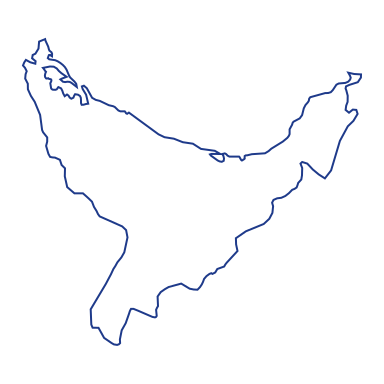 an SVG outline of Bay of Plenty
{"feature_id": "NZL-3399", "entity_name": "Bay of Plenty", "entity_type": "Regional Council", "adm_level": 1, "iso_a3": "NZL", "parent_name": "New Zealand", "parent_adm1": "", "projection": "albers", "projection_center": [176.715, -38.184], "detail": "fine", "context": "isolated", "style": "outline", "palette": "blue", "viewbox_px": 384, "rotation_deg": 0, "n_neighbors": 0, "source": "natural_earth", "source_scale": "10m", "svg_char_len": 3686}
<svg xmlns="http://www.w3.org/2000/svg" viewBox="0 0 384 384"><path d="M45.1,39.1L45.5,40.7L48.2,46.6L48.9,49.3L49.4,50.6L51.5,52.3L52.1,53.8L52.0,56.3L51.3,55.9L50.2,54.9L48.9,55.1L47.8,58.1L49.2,59.3L55.2,60.2L57.7,61.3L60.4,63.0L62.9,65.0L64.9,67.1L66.5,69.6L68.9,75.2L70.1,77.4L74.4,81.5L76.2,83.8L76.8,87.0L71.5,82.9L69.7,81.9L67.4,81.7L65.1,82.1L62.9,81.7L60.4,79.4L61.9,78.6L66.6,76.8L61.4,73.2L58.8,70.9L56.8,68.5L53.8,66.7L50.0,66.5L43.0,67.9L43.9,69.0L45.3,71.1L46.0,71.8L45.5,72.9L45.1,74.3L44.9,75.6L45.1,77.0L46.1,78.4L47.0,78.6L47.8,78.3L48.2,78.2L49.0,78.9L50.6,79.2L51.2,79.5L51.4,80.5L51.1,81.7L50.5,82.7L50.3,83.3L51.0,87.6L51.2,88.5L52.0,89.3L52.8,89.7L55.4,89.8L56.6,89.4L57.4,88.5L57.9,87.5L58.4,87.1L61.1,88.4L62.3,90.7L63.2,93.4L64.7,96.2L67.0,94.5L68.5,95.6L69.7,97.6L71.3,98.7L73.4,97.7L74.1,95.8L75.1,94.2L78.0,94.7L80.0,96.0L80.8,97.7L81.0,100.0L81.0,103.1L81.7,104.8L83.6,104.7L86.0,104.0L88.2,103.7L86.1,94.7L82.7,89.1L81.9,86.4L83.9,85.7L86.8,88.2L92.1,97.8L95.8,99.9L99.8,100.9L108.8,105.2L113.1,106.2L114.8,107.0L118.4,110.5L120.3,111.3L124.7,111.3L125.4,112.1L126.1,113.3L127.1,113.8L128.9,112.6L158.5,134.3L164.5,137.2L173.9,138.7L182.8,142.2L192.9,143.7L201.0,148.9L214.8,150.8L220.3,154.0L211.6,153.9L210.0,154.4L210.9,155.6L217.7,160.5L219.6,161.4L221.8,161.8L223.7,160.8L224.0,158.5L223.4,155.9L222.3,154.0L224.8,153.4L226.3,154.2L227.5,155.6L229.4,156.6L239.1,156.6L239.5,157.0L241.1,159.9L241.9,160.5L242.6,160.2L243.3,159.6L244.1,159.2L244.7,158.6L244.6,157.3L244.7,156.0L245.7,155.4L247.3,155.3L251.8,154.2L265.0,153.3L268.6,151.1L271.3,148.7L282.8,141.6L287.4,137.8L288.9,135.8L289.6,134.1L289.6,129.3L292.1,124.7L292.6,122.9L293.5,121.7L299.7,118.4L302.1,115.1L303.8,108.3L305.5,105.0L307.8,102.4L308.8,100.8L309.2,98.6L310.3,97.2L325.1,93.1L328.2,93.0L330.8,92.2L332.8,90.1L336.4,84.7L338.7,83.5L345.4,82.9L348.2,81.7L350.1,79.6L350.7,77.7L350.0,75.7L348.3,72.7L354.1,74.0L361.0,74.4L360.9,77.6L357.8,82.2L349.3,84.9L346.0,86.4L345.6,88.6L346.3,90.3L347.7,95.7L347.6,101.9L346.2,105.6L345.6,109.9L349.0,112.7L352.8,109.6L356.3,109.9L357.6,113.9L353.4,120.9L347.8,126.3L339.9,140.9L331.1,170.4L324.9,178.4L318.7,174.4L312.8,169.5L307.3,163.6L302.2,162.0L300.5,163.6L302.2,168.0L302.0,175.3L301.3,179.5L298.2,182.9L297.5,185.2L296.6,187.5L294.5,188.9L292.2,189.8L288.9,193.2L285.3,196.0L281.3,197.8L277.2,198.3L273.5,199.9L272.1,202.7L273.1,206.2L272.4,212.9L269.3,218.8L263.7,224.0L245.9,231.3L235.9,238.2L236.1,244.4L237.5,251.0L226.7,262.7L225.3,264.5L224.2,266.5L217.3,269.0L215.2,272.5L212.4,273.9L211.3,273.2L209.5,273.9L206.5,276.1L204.1,278.9L203.0,281.9L201.8,284.4L200.0,287.1L197.5,289.7L193.7,289.5L189.7,288.7L181.2,283.6L168.7,287.0L165.0,289.1L160.7,292.1L157.6,296.5L158.0,306.1L157.0,307.8L156.1,309.8L156.7,315.9L156.1,316.9L155.0,317.4L152.4,316.9L144.3,313.4L138.3,310.8L133.6,308.9L131.0,308.9L129.9,311.0L129.0,313.8L125.7,323.2L121.7,330.3L119.9,339.4L120.1,343.1L118.9,344.3L117.1,344.9L113.9,344.4L111.5,343.0L104.1,337.9L98.5,327.8L92.6,327.7L91.3,324.6L90.7,309.3L105.9,283.8L108.8,278.3L110.9,274.4L113.4,269.0L115.3,266.1L117.4,262.3L121.4,257.4L124.3,252.3L127.5,237.4L126.1,230.1L122.2,226.4L99.7,216.4L98.0,214.1L96.6,211.1L94.0,206.9L92.0,201.7L88.6,198.4L86.3,196.3L82.9,193.3L74.4,193.3L67.2,187.1L64.8,176.3L65.0,168.3L61.6,165.0L59.9,159.8L55.0,157.6L52.4,157.4L50.1,156.9L48.4,153.8L46.1,145.9L47.2,141.6L47.2,137.4L43.1,132.3L42.1,130.0L40.1,114.9L34.7,101.8L30.9,95.9L27.9,89.3L27.8,83.7L25.2,78.6L25.6,74.2L26.7,71.2L25.0,67.8L23.0,65.5L24.2,62.5L25.9,59.9L30.3,62.3L35.3,63.7L35.6,61.2L32.1,58.3L32.7,55.0L35.4,53.7L38.5,48.6L39.1,41.6L45.1,39.1Z" fill="none" stroke="#1e3a8a" stroke-width="2"/></svg>